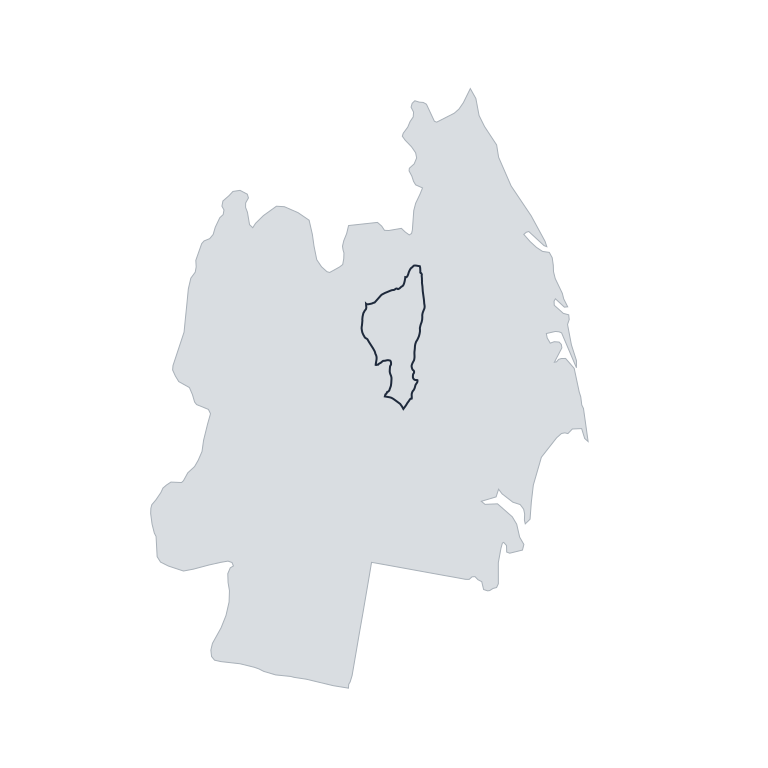 Ogoulou, Ngounié, Gabon (highlighted), rotated 190°
{"feature_id": "22940354B22341987955952", "entity_name": "Ogoulou", "entity_type": "district", "adm_level": 2, "iso_a3": "GAB", "parent_name": "Gabon", "parent_adm1": "Ngounié", "projection": "equal_earth", "projection_center": [11.519, -1.32], "detail": "fine", "context": "in_parent", "style": "outline", "palette": "slate", "viewbox_px": 768, "rotation_deg": 190, "n_neighbors": 0, "source": "geoboundaries", "source_scale": "gbopen_adm2", "svg_char_len": 6521}
<svg xmlns="http://www.w3.org/2000/svg" viewBox="0 0 768 768"><g transform="rotate(190 384 384)"><path d="M508.3,91.9L507.9,98.8L502.1,115.6L499.4,128.6L498.7,142.4L500.3,153.6L503.1,161.5L504.9,170.1L503.5,176.2L500.7,178.7L502.7,181.8L506.9,182.5L514.1,179.9L525.1,175.3L539.5,168.6L549.0,165.0L564.7,167.3L573.1,169.8L577.4,174.5L582.0,194.3L584.3,197.3L588.1,205.8L591.3,215.9L592.0,221.1L591.7,224.8L588.5,230.3L584.9,238.3L583.6,243.2L580.6,246.8L576.8,250.4L566.3,251.8L564.7,253.9L561.8,262.5L556.2,269.8L553.7,276.7L551.5,285.9L551.9,297.2L550.8,313.6L549.7,324.6L552.5,328.5L565.0,331.2L567.4,333.4L570.8,340.3L575.0,346.7L586.5,350.7L590.9,355.7L594.6,361.1L595.0,365.5L592.4,383.3L589.9,400.3L590.9,413.3L591.8,425.7L593.2,443.7L592.6,454.7L589.3,461.4L589.3,466.7L590.8,473.1L587.9,490.6L586.1,493.6L580.9,496.9L578.2,501.6L577.4,509.0L574.6,519.2L571.8,522.9L571.8,527.6L574.5,531.0L574.4,536.3L569.3,542.6L566.2,547.4L559.4,549.7L551.6,547.2L549.8,543.7L551.7,538.3L551.0,533.9L548.3,529.4L544.1,517.6L540.4,515.1L538.4,519.9L532.0,528.9L520.8,540.4L512.9,541.3L498.4,537.8L486.2,532.3L480.5,518.8L476.9,507.7L471.8,494.7L465.9,488.6L459.7,484.7L456.9,484.4L448.0,491.6L445.4,494.5L445.4,500.5L446.2,506.1L447.6,508.9L448.8,512.5L448.5,518.1L446.9,525.6L446.4,533.9L418.5,542.0L413.7,539.1L410.2,535.4L405.9,536.0L393.9,540.3L389.4,537.3L385.0,535.2L383.0,537.0L382.8,540.5L384.8,560.0L384.2,567.5L381.5,577.2L380.1,583.8L387.4,585.6L390.1,588.7L392.7,593.6L396.3,598.2L396.5,600.9L392.5,606.0L391.1,612.3L393.0,617.2L398.1,622.4L405.4,627.7L409.0,631.2L408.6,634.3L405.2,641.1L403.9,646.9L401.6,652.1L402.1,656.9L405.4,661.3L405.0,665.3L402.8,668.3L398.2,667.7L394.3,668.1L390.8,666.9L380.0,651.5L377.6,651.0L361.8,662.9L357.9,667.8L354.7,674.8L350.3,689.9L343.1,681.1L337.0,664.9L329.7,655.0L314.6,639.0L310.5,627.2L293.2,601.1L268.2,575.1L250.2,552.5L247.5,547.5L250.5,548.1L267.9,559.3L270.3,558.1L272.3,555.6L264.8,549.6L257.6,545.0L250.9,542.1L244.1,542.3L240.3,537.6L237.9,530.3L236.6,524.1L233.7,517.6L224.1,504.2L221.8,499.0L216.5,491.9L219.7,491.0L230.0,497.7L230.9,495.1L230.0,491.1L219.7,484.7L214.1,484.2L212.8,479.7L213.6,474.5L206.2,455.0L198.5,440.4L197.3,433.4L218.0,465.2L220.7,465.8L224.4,465.5L232.9,461.9L231.3,457.7L227.4,453.1L223.7,455.2L218.8,455.7L216.3,453.8L215.1,450.5L220.0,435.0L217.9,435.8L216.3,438.6L213.7,439.9L209.6,440.7L199.4,432.4L190.4,410.1L188.0,405.5L185.6,397.7L183.3,394.5L173.0,362.8L176.9,365.2L181.6,374.4L190.7,372.4L194.3,367.1L197.4,367.3L200.6,366.1L204.6,361.1L216.3,339.2L219.4,310.4L218.4,293.2L216.7,276.2L220.6,270.8L222.1,274.4L222.9,280.4L224.7,284.9L228.9,288.9L236.6,290.0L248.6,296.3L252.9,300.3L254.0,292.3L267.8,285.4L263.6,283.0L251.4,285.7L234.6,275.5L229.0,269.0L223.8,256.7L218.4,250.3L218.8,244.5L230.8,239.2L234.0,239.8L235.3,246.2L238.6,248.8L239.8,247.9L240.3,242.5L240.4,227.9L236.7,207.1L237.8,203.1L241.1,201.6L244.1,198.9L246.1,198.3L250.2,198.9L252.3,203.7L253.4,206.3L257.5,207.6L260.9,210.1L263.8,209.4L266.2,206.4L269.8,205.8L280.8,205.9L290.8,205.9L310.6,206.0L330.5,206.1L350.3,206.2L365.3,206.2L365.2,194.3L365.1,175.9L365.0,154.2L365.0,133.4L364.9,114.1L364.8,91.3L365.6,84.8L366.6,82.1L366.2,78.3L381.6,78.1L409.4,79.8L421.6,79.5L425.0,79.8L440.2,78.7L452.5,80.1L457.7,81.7L462.4,82.5L477.2,83.5L496.4,82.3L502.9,82.6L506.5,85.7L508.3,91.9Z" fill="#d9dde1" stroke="#a8b0b8" stroke-width="1"/><path d="M381.6,493.0L381.5,491.9L381.5,490.4L381.5,489.0L381.6,487.7L381.7,486.6L381.9,485.6L382.2,484.6L382.7,483.7L383.7,482.9L384.6,481.8L385.0,481.2L385.6,480.6L386.4,480.0L387.0,479.9L387.6,480.2L388.3,480.2L388.9,479.9L389.4,479.4L390.0,478.7L390.7,478.3L391.5,478.1L392.5,477.8L393.9,477.0L395.9,475.7L398.9,473.8L401.5,471.8L402.3,470.9L406.2,464.5L407.4,462.6L408.5,462.1L410.0,461.1L411.7,460.4L413.0,459.9L414.3,459.6L415.0,459.5L415.6,459.9L415.4,459.1L415.2,458.1L415.0,457.4L414.7,456.3L414.7,455.5L414.8,454.5L415.3,453.6L415.6,453.0L416.0,452.1L416.2,451.3L416.6,450.3L416.7,448.9L416.8,446.6L416.7,445.2L416.6,443.9L416.3,442.8L416.2,441.6L416.0,439.3L415.9,437.7L415.9,436.3L415.7,434.8L415.0,432.7L414.3,431.0L413.4,429.6L412.6,428.5L411.8,427.6L411.2,426.8L410.5,426.2L409.7,425.9L408.9,425.6L408.1,425.2L406.3,423.0L404.1,420.6L400.8,417.0L398.8,414.5L398.2,413.4L397.8,412.4L396.8,411.0L396.2,409.8L395.8,408.4L395.6,406.6L395.6,404.8L395.6,403.3L395.6,402.2L395.5,401.4L394.9,401.4L394.5,401.6L394.1,401.9L393.3,401.9L392.6,402.9L392.0,403.5L391.1,404.1L389.6,405.9L388.9,406.6L388.2,406.8L387.0,407.1L385.9,407.6L384.9,408.0L383.9,408.2L383.0,408.2L382.0,408.1L381.5,407.7L381.1,407.1L380.7,405.9L380.5,404.8L380.5,404.2L380.8,403.5L381.1,402.5L381.0,401.1L380.8,399.1L380.5,397.1L380.0,395.8L379.3,394.5L378.5,393.3L377.8,391.7L377.5,390.3L377.0,386.0L376.9,383.4L377.2,381.5L377.5,380.0L377.6,378.9L378.1,377.8L378.7,377.1L379.4,376.8L379.7,376.1L379.8,375.2L380.3,374.5L380.8,374.0L380.9,373.1L381.0,371.9L378.8,371.9L376.0,371.9L374.3,371.7L372.3,371.0L369.2,369.5L366.6,368.2L364.6,367.2L363.9,366.5L362.2,364.8L360.6,362.8L359.3,365.4L358.4,367.4L357.7,369.3L356.4,371.9L355.9,373.2L355.3,374.1L354.9,374.1L354.2,374.4L354.2,374.9L354.4,376.1L354.7,377.2L355.0,379.0L354.8,380.8L354.4,382.1L353.8,383.0L353.2,384.8L353.0,386.2L352.8,388.5L352.3,389.8L351.7,391.1L351.5,392.0L351.6,393.1L351.8,393.6L352.5,393.6L353.3,393.4L354.2,393.4L354.9,393.6L355.4,393.9L356.0,394.4L356.6,395.3L356.9,396.6L357.0,397.7L357.0,398.8L356.5,399.8L356.4,400.9L356.7,401.9L357.3,402.5L358.0,402.8L358.6,403.4L359.2,404.5L359.8,405.8L360.0,407.1L359.8,408.5L359.4,410.1L358.9,411.6L358.6,412.4L358.5,413.7L358.6,415.7L358.9,417.3L359.4,419.6L359.6,420.9L359.7,422.7L359.8,424.2L360.1,426.8L360.1,428.7L359.8,430.9L359.4,432.0L358.8,433.5L358.3,435.4L357.9,437.1L357.7,439.6L357.7,441.9L358.0,443.7L358.4,445.3L358.3,447.5L358.2,448.6L358.2,448.8L357.7,451.6L357.6,454.1L357.9,456.6L358.3,458.5L358.3,460.4L358.1,461.8L357.8,463.3L357.5,464.6L357.3,465.8L357.4,467.2L357.7,468.4L358.4,470.4L358.8,472.0L359.4,474.2L361.9,482.0L363.1,486.8L364.2,490.3L364.4,491.8L364.8,493.5L365.0,494.6L365.3,495.7L365.7,497.1L365.7,498.2L366.1,499.0L366.6,499.6L367.1,499.6L367.6,500.0L367.7,500.7L367.9,501.9L368.2,503.2L368.5,504.5L368.8,505.3L369.2,506.2L371.2,506.2L372.4,506.2L373.2,506.2L374.5,506.0L375.2,505.7L375.8,504.9L376.2,504.3L376.9,503.4L377.5,502.8L378.1,501.6L378.6,500.0L379.0,498.3L379.2,496.5L379.5,494.9L380.0,493.6L380.7,493.0L381.6,493.0L381.6,493.0Z" fill="none" stroke="#1e293b" stroke-width="2"/></g></svg>